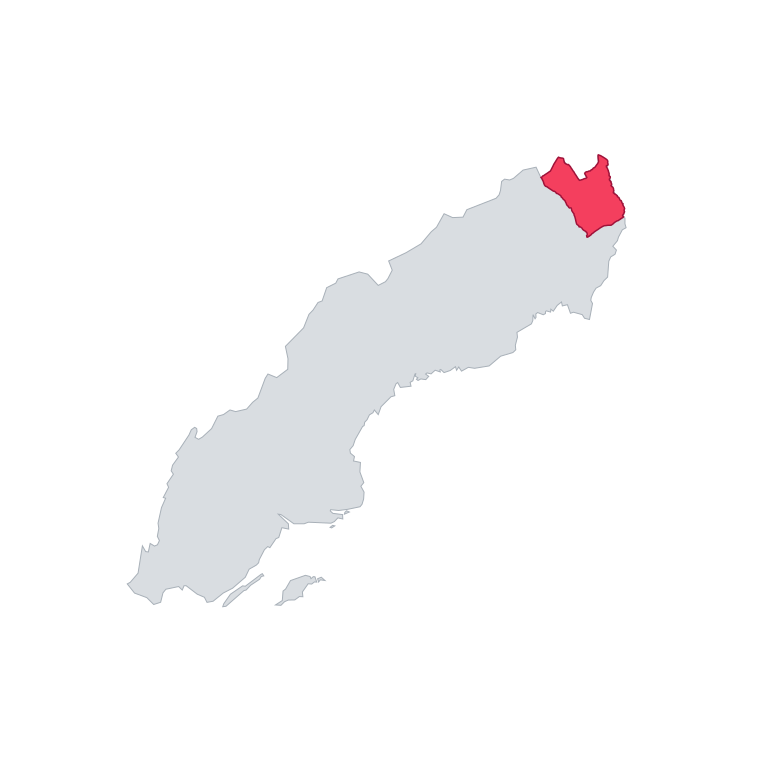 location of Kiruna, Norrbotten, Sweden, rotated 30°
{"feature_id": "70781695B94600430897975", "entity_name": "Kiruna", "entity_type": "district", "adm_level": 2, "iso_a3": "SWE", "parent_name": "Sweden", "parent_adm1": "Norrbotten", "projection": "orthographic", "projection_center": [20.786, 68.216], "detail": "fine", "context": "in_parent", "style": "filled", "palette": "rose", "viewbox_px": 768, "rotation_deg": 30, "n_neighbors": 0, "source": "geoboundaries", "source_scale": "gbopen_adm2", "svg_char_len": 7874}
<svg xmlns="http://www.w3.org/2000/svg" viewBox="0 0 768 768"><g transform="rotate(30 384 384)"><path d="M245.9,518.7L247.0,524.7L251.1,524.6L253.3,520.7L257.0,508.8L256.2,494.9L260.3,490.7L263.6,483.5L269.3,482.1L277.6,474.4L279.4,465.5L281.8,459.2L278.3,438.5L278.5,433.4L287.9,432.1L293.3,419.4L288.2,410.1L279.8,400.7L286.3,375.6L284.2,361.2L285.6,355.4L286.1,346.4L288.9,343.0L286.2,329.2L291.8,320.8L291.6,316.0L306.4,299.4L315.0,297.0L329.7,301.5L334.1,294.7L334.7,290.8L334.2,281.3L326.5,275.1L337.3,259.5L346.0,244.1L348.8,228.5L351.1,222.0L350.9,206.5L360.2,205.6L369.0,200.0L368.6,191.6L388.2,167.1L389.1,162.6L388.1,158.1L384.6,149.8L386.0,146.3L390.8,144.5L393.3,141.2L397.5,129.2L407.3,120.2L417.1,127.1L422.1,116.5L422.5,101.5L426.2,100.1L452.7,110.2L457.3,104.7L452.8,101.7L457.4,95.7L458.7,92.0L459.2,87.7L459.1,85.4L455.5,79.8L463.8,79.1L468.3,81.7L468.6,85.1L486.8,102.6L501.4,109.2L505.7,114.1L507.3,119.6L509.7,119.8L512.6,124.8L515.5,127.6L513.3,131.3L513.6,139.5L514.5,143.2L513.3,150.3L518.3,151.8L519.2,156.1L516.8,160.6L517.3,165.3L524.2,179.6L522.8,184.5L522.5,190.4L519.7,195.0L519.5,199.6L520.2,205.4L521.3,208.2L524.3,210.0L529.7,225.4L524.8,226.8L521.0,224.8L512.2,227.1L510.1,229.5L503.2,223.6L499.4,227.2L496.7,224.2L494.7,229.3L494.2,236.3L491.1,235.8L492.3,238.4L488.0,239.5L487.7,240.6L488.6,242.3L487.3,244.4L481.3,245.3L480.5,247.5L482.3,250.2L482.2,252.0L478.4,249.4L481.1,254.5L481.6,258.2L473.3,272.8L476.1,276.6L478.4,284.8L481.0,288.5L479.9,292.3L471.1,301.6L466.0,315.8L454.6,325.1L448.7,327.4L444.7,334.1L440.2,331.9L440.0,335.8L437.2,333.3L434.6,339.2L430.3,344.1L425.9,343.0L425.3,343.9L426.7,345.4L421.4,346.5L419.7,351.7L415.7,352.9L415.0,354.6L418.9,355.0L418.0,359.3L413.4,361.2L411.7,363.9L409.7,363.7L410.2,361.7L407.2,361.6L406.3,359.2L405.8,359.8L407.4,366.8L405.8,369.5L408.5,372.4L399.9,378.8L395.1,375.9L394.3,377.9L395.1,383.8L399.2,388.7L396.4,391.6L392.8,405.1L394.3,413.4L388.6,411.3L388.8,414.4L386.8,418.0L387.2,423.4L386.4,426.8L387.6,430.0L386.7,431.5L386.8,446.4L388.1,452.8L387.2,457.9L389.5,460.7L394.7,461.6L396.1,465.9L402.8,463.7L407.1,472.2L415.8,479.5L415.1,484.1L420.8,487.6L423.9,493.9L425.1,499.1L424.6,502.3L415.2,510.7L408.0,516.2L400.6,519.5L400.9,520.8L404.4,521.6L413.4,517.8L415.8,521.5L411.0,523.0L409.8,528.0L407.6,531.1L387.6,541.5L384.8,544.9L375.8,550.1L360.0,548.6L357.5,549.6L371.1,552.9L374.0,557.3L367.4,559.5L369.6,569.6L367.8,571.9L367.0,582.8L364.6,582.9L363.3,587.3L363.8,598.4L364.8,601.5L364.0,604.6L359.8,611.8L360.5,620.7L355.0,636.5L349.3,645.4L344.6,657.6L339.9,661.6L335.1,658.5L327.3,659.4L313.5,657.6L311.7,658.7L312.3,663.3L307.4,662.1L297.7,670.8L297.0,675.4L299.7,684.7L294.8,690.1L285.4,687.6L272.5,689.8L261.6,685.5L263.4,682.6L265.6,670.8L255.7,645.0L261.4,648.3L263.9,647.3L261.2,639.0L266.3,639.1L268.2,636.5L267.8,631.9L263.9,629.3L261.2,621.7L257.9,617.5L253.1,602.3L252.0,592.1L249.6,592.7L249.1,581.1L245.9,578.9L246.7,567.4L243.1,565.6L241.5,560.0L242.5,550.0L238.3,548.1L239.5,543.4L240.6,525.7L240.0,520.0L241.7,516.2L244.0,516.2L245.9,518.7ZM424.8,589.2L422.7,590.2L421.4,593.4L418.2,594.9L417.3,604.9L420.1,608.8L417.0,610.4L414.7,615.6L409.1,619.0L406.7,622.3L405.4,627.2L400.5,629.6L404.2,622.4L400.1,613.8L401.3,610.8L401.3,601.0L411.6,589.0L416.2,587.7L418.1,589.1L419.1,586.2L420.6,585.5L424.8,589.2ZM358.3,655.5L355.7,657.5L355.1,654.4L356.1,642.9L362.5,629.5L365.0,628.5L372.7,610.3L373.5,609.1L375.8,610.3L374.0,612.0L373.9,615.3L369.1,625.0L367.6,631.4L366.0,632.9L358.3,655.5ZM426.8,585.4L426.3,588.2L423.9,585.8L426.3,582.7L431.1,583.7L426.8,585.4ZM418.0,512.2L414.8,516.5L414.3,514.7L415.0,512.5L418.0,512.2ZM410.6,534.8L409.0,535.1L410.2,532.1L412.3,531.5L410.6,534.8Z" fill="#d9dde1" stroke="#a8b0b8" stroke-width="1"/><path d="M507.8,119.4L507.6,119.4L507.2,119.3L506.8,119.2L506.5,118.9L506.3,118.7L506.3,118.3L506.4,117.8L506.4,117.1L506.6,116.9L506.5,116.4L506.3,116.0L506.2,115.6L506.3,115.0L506.1,114.4L505.4,114.0L505.1,113.5L504.8,112.8L504.8,112.2L504.7,111.8L504.2,111.4L503.7,110.9L502.4,110.2L501.8,109.8L501.1,109.4L501.0,109.0L501.0,108.5L500.4,108.3L499.9,108.3L499.3,108.0L499.1,107.8L498.9,107.5L498.3,107.1L498.1,107.0L497.9,106.7L497.6,106.6L497.2,106.7L496.8,106.8L496.2,106.5L495.8,106.3L495.3,105.8L494.7,105.5L494.3,105.1L493.4,105.0L492.8,105.1L492.5,105.1L492.2,104.7L491.9,104.3L491.2,104.2L490.0,104.0L489.2,104.0L488.7,104.1L488.0,103.9L487.0,103.7L486.9,103.0L486.4,102.4L486.3,101.9L486.3,101.5L485.6,100.9L485.2,100.2L484.6,99.7L483.9,99.2L483.1,99.1L482.7,99.1L482.1,99.0L481.4,98.6L481.4,98.2L481.5,97.8L481.4,97.4L481.0,96.8L480.0,96.0L479.3,95.6L479.3,95.2L478.6,95.0L477.8,94.9L477.3,94.6L477.0,94.3L476.8,94.0L476.7,93.5L476.8,93.1L476.8,92.4L476.6,91.8L476.2,91.3L475.7,91.2L474.8,91.1L474.7,90.7L474.2,90.1L474.0,89.5L473.5,88.9L472.7,88.2L471.7,87.3L471.5,86.9L470.6,86.4L469.8,85.7L469.0,85.2L468.3,85.0L468.1,84.8L467.8,84.4L467.5,83.8L467.7,83.4L468.2,83.2L468.3,82.8L468.4,82.2L468.0,81.6L467.5,80.9L467.0,80.5L466.8,80.0L466.5,79.3L466.0,78.8L465.4,78.5L464.9,78.3L464.5,78.2L463.2,78.1L462.7,78.1L462.4,78.0L461.1,78.0L460.1,77.9L459.4,78.0L458.3,77.9L457.0,78.0L456.1,78.2L455.0,78.4L455.1,79.1L456.5,81.3L457.9,83.2L458.4,83.8L458.7,84.5L458.8,86.3L458.5,88.4L458.4,90.2L458.0,91.5L457.5,92.0L457.3,92.4L457.2,93.2L457.2,93.9L457.0,94.3L456.5,94.6L456.3,95.2L456.2,95.9L456.0,96.4L455.4,96.8L454.9,97.2L454.7,97.6L454.4,98.0L454.1,98.4L453.4,98.8L453.0,99.3L452.6,99.9L452.6,100.4L452.5,100.8L452.4,101.1L452.9,101.5L453.7,102.1L454.8,102.7L455.8,103.4L456.3,103.6L456.4,103.9L456.2,104.3L456.0,105.0L455.6,105.3L455.3,105.6L454.7,106.1L453.8,107.5L452.9,108.4L452.3,109.1L451.6,109.8L451.2,109.8L449.1,109.0L448.2,108.5L447.1,107.9L445.8,107.2L444.7,106.7L443.9,106.3L442.5,105.4L440.9,104.8L439.3,103.9L437.7,103.2L436.8,102.6L435.3,102.1L434.4,101.8L433.7,101.8L433.4,102.2L432.2,102.4L431.2,102.4L430.0,102.2L429.2,101.8L428.8,101.2L428.1,100.6L427.4,99.8L426.8,99.1L426.1,99.0L425.5,99.2L425.1,99.4L424.5,99.6L424.2,99.8L423.5,100.0L423.0,100.1L422.5,100.3L421.8,100.3L421.6,100.7L421.4,102.0L421.3,106.1L421.2,108.8L421.4,111.1L421.5,113.2L421.6,114.8L421.6,115.7L421.6,116.6L421.1,117.3L420.5,118.7L419.8,120.2L419.1,121.5L418.7,122.3L418.0,123.9L417.4,124.5L417.3,125.3L417.1,126.3L416.8,126.6L417.9,127.1L418.7,127.7L419.6,128.3L420.6,128.9L421.1,129.4L421.7,129.9L422.2,130.5L423.1,131.1L423.6,131.5L424.7,131.9L425.0,132.0L425.8,131.8L426.3,131.7L429.3,132.0L434.3,132.3L434.9,132.0L435.4,131.9L436.4,132.0L437.2,132.2L437.6,132.5L438.1,132.7L438.6,132.4L439.1,132.3L439.8,132.4L441.0,132.4L442.4,132.5L443.5,132.8L443.9,133.4L444.6,133.5L445.5,133.7L446.4,134.2L447.1,134.4L448.9,134.7L449.6,135.2L450.2,135.6L450.9,136.1L451.6,136.5L452.4,137.3L453.5,137.8L454.4,138.0L454.8,138.0L455.4,138.5L456.0,138.7L456.4,138.8L456.9,138.7L457.3,138.3L457.8,138.0L458.3,138.1L458.7,138.5L459.1,139.0L459.6,139.6L460.0,140.0L460.5,140.3L461.1,140.5L461.8,141.0L463.4,141.6L464.0,142.5L465.7,143.8L467.2,145.3L468.8,147.1L469.9,148.2L470.5,148.8L471.0,149.2L471.9,149.4L472.8,149.5L473.7,149.7L474.2,150.3L474.7,150.3L475.0,149.9L475.4,149.8L476.8,149.9L477.7,150.1L478.3,150.5L479.0,150.8L480.3,151.0L482.3,151.0L482.6,151.2L483.3,151.3L483.7,151.3L484.3,151.8L484.8,152.2L485.2,152.7L485.4,153.3L485.4,153.7L485.3,154.2L485.7,154.6L486.0,155.1L486.3,155.3L486.7,155.1L487.1,154.9L487.2,153.9L487.6,153.5L488.0,153.2L488.1,152.5L488.4,152.0L488.8,151.0L488.9,149.8L489.3,149.3L489.7,148.4L490.1,147.1L491.1,145.0L492.1,143.1L492.8,141.5L493.5,140.1L494.2,138.9L495.0,137.6L495.6,136.8L496.9,135.9L498.5,134.6L499.9,133.8L500.7,133.3L501.3,132.9L501.6,132.3L502.2,131.1L502.9,128.8L504.1,126.5L504.8,125.7L505.3,125.2L505.7,124.0L506.2,123.3L506.3,122.6L506.6,122.2L507.0,121.9L507.0,121.5L507.3,120.9L507.7,120.3L507.8,119.4Z" fill="#f43f5e" stroke="#9f1239" stroke-width="1.5"/></g></svg>